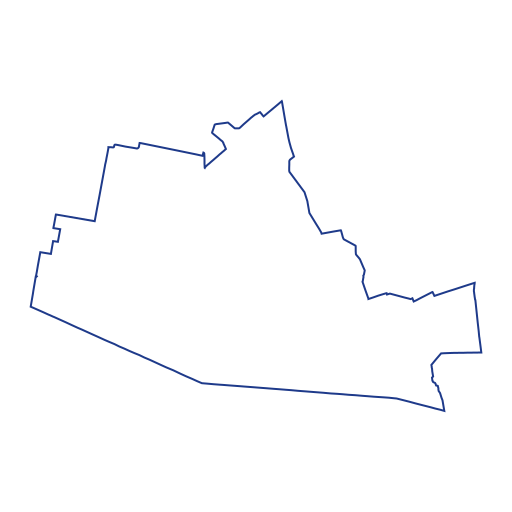 Negru Voda, Constanta, Romania (Albers equal-area conic projection)
{"feature_id": "2599482B98241930265461", "entity_name": "Negru Voda", "entity_type": "district", "adm_level": 2, "iso_a3": "ROU", "parent_name": "Romania", "parent_adm1": "Constanta", "projection": "albers", "projection_center": [28.293, 43.811], "detail": "fine", "context": "isolated", "style": "outline", "palette": "blue", "viewbox_px": 512, "rotation_deg": 0, "n_neighbors": 0, "source": "geoboundaries", "source_scale": "gbopen_adm2", "svg_char_len": 5272}
<svg xmlns="http://www.w3.org/2000/svg" viewBox="0 0 512 512"><path d="M281.8,101.1L278.8,103.7L263.6,116.4L263.2,116.0L262.9,115.7L262.2,114.8L261.5,113.9L260.8,113.1L260.1,112.2L259.4,112.4L258.4,113.0L257.7,113.4L256.5,114.0L255.4,114.5L254.9,114.7L254.6,114.9L254.0,115.4L253.6,115.7L253.2,116.0L252.9,116.2L252.4,116.7L251.3,117.5L249.1,119.5L243.7,124.2L240.3,127.4L239.3,128.2L238.8,128.3L234.9,128.3L234.6,128.2L229.7,124.0L228.0,122.6L227.3,122.6L226.2,122.8L223.3,123.2L218.7,123.8L216.3,124.1L215.6,124.3L214.8,124.6L214.6,124.9L213.5,128.4L212.1,132.4L212.1,132.7L212.5,133.3L216.0,136.1L218.8,138.4L220.6,140.0L221.9,141.0L222.4,141.4L222.7,141.8L223.2,142.8L223.4,143.0L223.5,143.4L223.5,143.6L224.8,146.4L225.9,149.0L223.8,150.9L222.3,152.1L221.2,153.1L219.6,154.4L217.3,156.5L215.9,157.7L214.5,158.9L213.6,159.7L212.3,160.8L211.0,161.9L209.9,162.9L209.0,163.7L208.1,164.4L207.6,164.8L207.2,165.2L206.6,165.7L206.0,166.3L205.5,166.8L205.1,167.3L204.8,167.9L204.7,167.8L204.6,165.4L204.5,163.7L204.5,160.2L204.4,156.0L204.3,154.5L204.3,153.7L204.2,153.4L204.1,153.1L203.9,152.9L203.6,152.7L203.4,152.6L202.5,155.8L196.1,154.4L173.2,149.7L140.7,143.1L139.6,143.0L138.9,146.8L138.7,147.3L138.3,147.8L138.1,148.0L137.5,148.4L136.9,148.5L132.9,147.8L125.5,146.6L118.3,145.1L117.2,144.9L116.0,144.7L115.7,144.7L115.1,144.7L114.9,144.7L114.7,144.8L114.3,145.3L114.2,145.9L114.0,146.8L113.8,147.1L113.6,147.3L113.2,147.4L112.7,147.4L110.7,147.2L110.3,147.2L109.8,147.2L109.5,147.2L108.9,147.2L108.5,147.1L108.4,147.1L108.4,148.0L108.3,148.6L107.8,151.4L107.0,155.6L106.5,158.1L106.1,160.5L105.6,162.7L105.2,164.4L104.9,166.2L103.6,173.3L99.6,195.0L97.1,208.2L94.7,221.2L56.0,214.5L55.9,214.5L53.9,225.4L53.4,227.8L53.4,228.1L60.2,229.2L57.9,241.8L53.1,241.1L50.9,253.9L40.3,252.2L39.1,258.8L37.9,265.4L36.8,271.9L36.1,275.5L36.8,276.3L36.4,276.6L36.3,276.9L36.1,277.0L35.7,276.9L33.3,291.1L32.9,293.8L30.7,306.7L37.1,309.5L43.2,312.2L48.9,314.8L49.5,315.0L53.2,316.7L53.8,316.9L59.8,319.6L65.8,322.3L71.8,325.1L77.7,327.8L81.7,329.5L89.4,333.0L92.7,334.5L98.7,337.2L104.6,339.9L109.7,342.1L114.5,344.1L119.3,346.5L124.3,348.6L129.3,350.9L134.2,353.0L139.4,355.1L144.3,357.5L149.3,359.6L154.3,361.9L159.3,364.2L160.8,364.9L166.1,367.3L173.3,370.3L180.2,373.6L186.1,376.3L192.2,378.9L197.0,381.1L201.9,383.2L206.8,383.6L213.4,384.2L219.9,384.7L223.0,384.9L226.7,385.2L233.3,385.7L240.0,386.2L246.3,386.7L253.0,387.2L259.3,387.7L265.9,388.2L272.1,388.7L278.8,389.2L285.0,389.7L291.6,390.2L297.9,390.8L304.5,391.3L310.8,391.8L317.3,392.3L323.7,392.8L330.2,393.4L331.5,393.5L336.7,393.8L342.2,394.2L348.8,394.8L355.5,395.2L361.1,395.7L367.6,396.2L373.8,396.7L376.8,396.9L383.1,397.3L388.8,397.7L392.6,398.1L396.6,398.5L403.0,400.1L409.3,401.7L415.5,403.4L419.0,404.3L421.7,405.0L424.5,405.7L430.8,407.3L435.1,408.5L440.1,409.7L444.3,410.9L442.5,400.3L441.5,397.7L440.1,393.2L439.8,392.6L438.7,391.1L438.5,390.1L438.4,389.7L438.4,389.3L438.4,388.3L438.1,387.2L437.9,386.6L437.9,386.3L437.8,386.1L437.8,385.9L437.7,385.8L436.4,385.5L436.2,385.5L435.8,384.8L435.7,384.2L435.5,383.6L435.3,383.3L435.1,383.0L434.8,382.8L434.5,382.7L434.1,382.5L433.6,382.3L433.2,382.1L432.6,380.8L432.4,380.7L432.0,377.6L433.1,376.5L432.2,371.0L432.2,370.8L432.2,370.4L432.1,369.8L432.1,369.1L432.0,368.4L431.8,367.8L431.7,367.1L431.7,366.4L431.6,366.1L431.5,365.7L431.4,364.9L436.2,359.1L441.1,353.4L444.8,353.2L450.2,353.0L453.3,352.9L455.9,352.9L459.1,352.8L463.2,352.8L466.6,352.7L471.2,352.7L473.2,352.6L475.8,352.6L477.0,352.6L479.7,352.5L480.6,352.5L481.1,352.5L481.3,352.5L480.6,346.9L479.4,337.7L479.2,336.6L478.7,331.2L477.7,322.4L476.7,312.8L475.3,299.5L475.2,299.8L475.1,299.7L475.0,299.0L474.8,297.7L474.7,297.1L474.6,296.5L474.5,295.6L474.4,294.9L474.3,294.1L474.2,293.6L474.2,293.2L474.1,292.6L474.1,292.3L474.0,291.8L473.9,291.4L473.9,290.7L473.9,290.1L473.9,289.7L474.0,288.9L474.1,288.6L474.1,287.8L474.2,287.1L474.2,286.3L474.3,286.0L474.3,285.2L474.5,284.5L474.5,284.1L474.6,283.7L474.6,283.4L474.7,283.0L474.7,282.8L467.2,285.2L454.6,289.3L447.9,291.4L441.9,293.4L434.4,295.9L432.6,292.1L432.4,292.0L421.4,297.6L419.1,298.8L416.5,300.2L413.7,301.5L412.4,298.3L410.9,299.0L410.7,299.1L408.1,298.4L404.8,297.6L400.0,296.3L395.5,295.1L389.9,293.6L387.0,294.5L386.6,293.2L386.0,293.3L381.3,294.7L378.4,295.6L373.0,297.5L368.5,299.0L368.5,298.9L367.5,296.1L365.5,290.5L364.5,287.6L362.7,282.3L362.5,281.8L362.7,281.5L363.3,277.9L363.5,277.0L363.3,275.7L363.9,274.7L364.2,273.2L364.7,270.7L364.7,270.3L363.3,267.2L361.0,261.8L360.0,259.4L359.8,259.1L358.8,257.8L356.4,255.0L356.0,254.4L355.9,254.1L355.7,251.4L355.7,247.7L355.7,246.5L355.7,246.2L355.6,245.8L355.4,245.6L349.7,242.5L344.0,239.4L343.6,239.0L343.3,238.4L342.8,237.1L341.9,233.7L341.1,230.9L340.8,230.3L333.7,231.5L321.6,233.7L321.2,232.4L319.0,228.6L316.0,223.8L309.4,213.0L308.5,207.8L307.4,201.5L307.4,201.3L304.5,192.2L304.2,191.8L289.4,171.8L289.2,170.6L289.2,167.5L289.3,164.5L289.3,161.4L289.4,160.8L289.8,160.0L290.0,159.7L294.0,156.6L293.7,155.8L293.6,155.7L293.3,154.6L292.9,153.4L292.6,152.6L291.0,148.0L289.4,142.2L288.7,139.2L288.4,137.8L287.1,130.9L286.2,126.1L286.0,125.3L286.0,125.2L285.5,122.4L284.4,116.0L283.1,108.3L281.9,101.3L281.8,101.1Z" fill="none" stroke="#1e3a8a" stroke-width="2"/></svg>